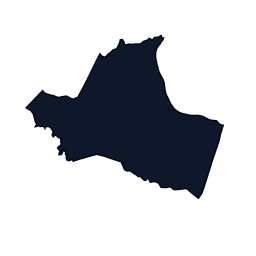 outline of São João Batista, Maranhão, Brazil, rotated 344°
{"feature_id": "56859067B29917550346546", "entity_name": "São João Batista", "entity_type": "district", "adm_level": 2, "iso_a3": "BRA", "parent_name": "Brazil", "parent_adm1": "Maranhão", "projection": "equal_earth", "projection_center": [-44.778, -3.014], "detail": "fine", "context": "isolated", "style": "filled", "palette": "ink", "viewbox_px": 256, "rotation_deg": 344, "n_neighbors": 0, "source": "geoboundaries", "source_scale": "gbopen_adm2", "svg_char_len": 2634}
<svg xmlns="http://www.w3.org/2000/svg" viewBox="0 0 256 256"><g transform="rotate(344 128 128)"><path d="M220.3,151.6L218.8,150.9L216.8,149.3L215.2,145.6L212.4,144.4L209.1,143.0L205.9,140.2L204.5,138.7L202.4,137.0L200.7,136.2L197.9,134.9L195.4,134.3L193.2,133.6L191.3,133.0L189.5,132.0L187.6,131.0L186.1,130.2L183.8,128.9L181.8,127.3L180.0,125.5L178.5,123.5L177.6,122.0L176.7,119.4L175.8,116.9L175.4,114.9L175.0,112.4L174.6,109.8L174.2,107.8L173.9,105.9L173.9,103.2L174.2,100.7L174.5,98.9L174.8,96.8L175.2,94.5L175.0,90.9L174.0,86.7L173.5,83.9L173.2,81.4L173.3,78.6L173.3,74.4L173.6,71.9L173.8,68.5L174.8,64.6L176.0,61.8L177.2,60.0L178.2,58.8L179.9,57.3L181.6,56.4L183.5,54.6L185.3,53.3L187.0,51.3L185.3,50.6L185.4,48.4L183.8,48.6L182.9,50.0L181.8,48.8L179.8,48.6L178.1,48.4L176.6,49.7L175.1,50.2L174.2,48.6L172.9,47.6L171.7,48.7L170.2,48.9L167.2,49.0L164.8,50.0L162.9,50.6L160.7,50.0L156.4,48.9L154.2,48.7L152.6,47.8L151.0,47.5L149.1,47.7L147.7,46.7L147.8,44.4L147.0,41.4L144.9,41.1L143.8,43.3L142.3,45.2L140.2,47.5L138.3,48.9L136.2,48.7L134.6,49.1L132.9,50.1L130.4,51.2L128.8,51.7L127.5,52.8L125.3,53.6L123.6,52.5L122.4,51.2L121.5,49.0L116.1,54.7L107.6,64.2L96.7,76.1L88.0,84.9L86.1,84.8L83.6,85.4L81.3,83.9L79.1,81.7L77.5,80.4L76.0,80.1L73.8,79.9L69.6,79.5L67.2,78.0L65.1,76.2L63.5,75.5L62.0,74.6L60.5,73.6L58.7,72.6L57.2,70.9L56.2,68.6L35.7,80.5L36.7,81.8L38.1,83.1L39.2,84.1L40.0,85.8L40.9,88.4L40.8,90.6L40.9,92.5L40.7,95.2L41.2,99.2L39.3,101.2L41.4,101.3L42.8,101.0L43.9,102.4L45.8,102.5L47.5,103.5L48.0,105.4L48.9,103.8L50.4,104.3L52.0,104.7L53.6,105.9L54.7,109.1L55.0,111.8L53.2,113.5L53.7,115.8L55.1,115.1L56.4,114.7L57.9,116.8L58.9,118.4L60.3,118.8L60.3,120.7L59.7,122.5L59.3,125.4L57.7,126.4L56.4,126.8L54.8,127.7L55.4,129.5L56.4,131.7L55.1,133.0L54.3,134.6L56.4,135.1L58.1,133.7L59.6,130.9L60.3,132.6L61.7,133.4L60.7,135.6L61.3,138.4L60.3,139.8L60.6,142.0L62.1,143.1L63.9,143.0L65.5,142.8L66.3,144.8L72.4,144.5L88.3,144.6L90.6,144.6L97.1,148.3L114.5,160.4L112.3,160.4L112.8,163.2L113.1,166.7L114.1,168.2L116.2,169.4L117.7,169.3L118.8,170.4L119.9,171.8L121.9,174.1L123.4,175.7L124.3,177.5L126.7,178.1L128.1,180.8L129.3,182.7L130.8,183.2L132.3,181.5L134.0,183.2L134.5,186.2L136.6,186.4L138.4,186.7L140.0,187.4L141.7,188.9L142.9,191.5L143.2,193.7L145.1,194.8L146.6,195.2L148.3,195.8L150.6,195.9L152.1,196.0L153.7,197.7L155.2,199.9L157.6,200.5L159.7,201.0L161.3,201.2L163.5,201.6L165.5,201.8L167.1,202.3L168.4,203.0L169.7,205.5L171.3,208.0L176.3,214.9L181.0,211.1L182.3,209.1L184.2,206.6L186.2,203.6L201.0,181.2L206.2,173.7L211.9,165.4L215.4,159.0L220.3,151.6Z" fill="#0f172a" stroke="#020617" stroke-width="1.5"/></g></svg>